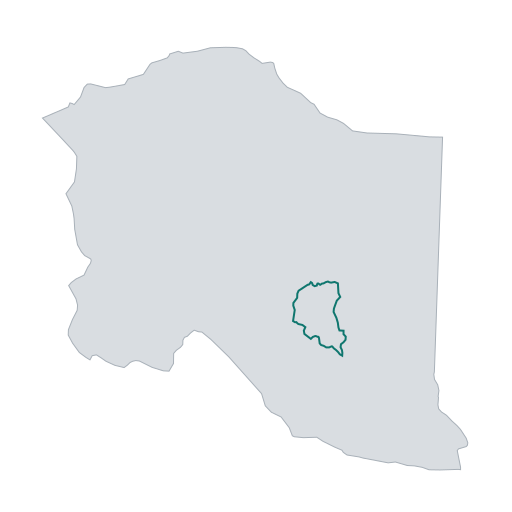 location of Mubende within Uganda, rotated 272°
{"feature_id": "UGA-3093", "entity_name": "Mubende", "entity_type": "District", "adm_level": 1, "iso_a3": "UGA", "parent_name": "Uganda", "parent_adm1": "", "projection": "orthographic", "projection_center": [31.514, 0.518], "detail": "fine", "context": "in_parent", "style": "outline", "palette": "teal", "viewbox_px": 512, "rotation_deg": 272, "n_neighbors": 0, "source": "natural_earth", "source_scale": "10m", "svg_char_len": 3237}
<svg xmlns="http://www.w3.org/2000/svg" viewBox="0 0 512 512"><g transform="rotate(272 256 256)"><path d="M381.3,438.3L373.0,438.3L359.3,438.3L345.7,438.3L332.1,438.3L318.5,438.3L304.8,438.3L291.2,438.3L277.6,438.3L263.9,438.3L250.3,438.3L236.7,438.3L223.0,438.3L209.4,438.3L195.7,438.3L182.1,438.3L168.5,438.3L154.8,438.3L146.8,438.3L145.2,438.1L144.1,437.8L138.9,438.7L133.6,442.1L127.9,443.5L121.9,442.9L121.1,443.3L118.0,443.2L113.6,443.0L109.6,443.9L106.6,446.8L103.5,451.9L97.9,457.6L93.5,462.8L89.8,466.4L81.3,472.4L76.7,474.2L74.3,473.9L72.9,472.8L70.3,465.1L68.6,463.9L52.1,467.8L49.6,467.9L49.8,465.5L48.6,447.4L48.4,436.4L50.6,429.5L51.8,421.5L51.9,414.5L55.0,402.5L53.9,395.3L57.8,370.1L58.8,366.0L60.3,353.9L62.8,350.1L64.9,348.7L67.8,341.2L73.2,329.3L77.0,323.1L76.1,309.7L76.7,300.6L77.6,298.6L85.6,295.2L96.0,286.7L100.4,276.8L106.6,270.5L118.6,266.4L154.3,232.3L170.9,214.0L178.1,204.6L178.3,201.2L179.7,196.8L176.8,193.3L173.4,190.2L172.2,187.3L169.3,185.9L165.0,185.9L162.2,183.8L159.0,179.7L155.8,177.1L145.7,177.3L137.9,173.1L138.0,167.4L141.1,156.0L147.0,143.1L147.3,139.5L146.5,136.4L145.1,133.8L142.4,131.2L139.9,128.1L141.8,118.8L145.6,109.7L148.6,105.1L151.6,100.0L150.7,95.8L146.4,93.7L148.7,89.6L153.4,82.8L162.4,75.8L170.4,71.1L175.8,71.1L186.1,74.8L195.5,79.2L200.7,79.4L206.9,77.6L219.9,69.8L223.0,72.3L226.8,77.0L230.9,84.8L239.0,88.3L242.9,90.8L245.7,91.5L247.3,90.9L250.4,84.8L254.1,81.4L261.0,77.2L276.3,73.9L287.1,72.9L291.7,72.1L299.5,70.2L311.6,63.9L323.7,72.0L336.7,73.5L349.3,73.5L353.1,71.0L355.3,69.1L368.6,55.8L386.4,37.8L398.4,63.2L402.5,64.7L402.0,66.9L401.0,69.0L408.8,75.1L418.4,78.3L421.9,81.4L422.2,84.8L419.0,99.7L419.6,103.9L422.8,118.8L428.5,122.1L433.6,137.1L443.9,143.4L445.4,145.2L447.8,152.5L450.9,160.4L453.4,162.3L454.9,162.7L457.9,171.2L456.2,175.9L458.6,190.3L462.5,203.2L463.5,218.5L463.6,225.3L463.5,229.4L462.6,235.3L460.8,238.7L457.5,242.0L453.9,247.1L450.7,252.7L448.7,255.4L450.3,263.7L449.9,265.9L449.1,267.0L444.4,268.2L438.5,270.4L434.9,272.7L429.8,276.9L425.7,281.4L420.2,294.9L411.2,305.3L409.7,308.7L401.1,315.0L397.3,322.6L394.9,332.1L391.6,338.8L384.4,348.1L382.8,362.7L383.0,391.9L381.1,425.2L381.3,438.3Z" fill="#d9dde1" stroke="#a8b0b8" stroke-width="1"/><path d="M186.6,307.8L188.7,304.8L189.5,300.7L190.3,299.6L191.3,298.7L191.2,297.2L192.3,295.3L203.4,296.6L207.7,295.0L210.4,295.0L215.6,298.6L219.8,298.6L222.8,299.8L229.1,308.7L229.2,309.7L229.9,310.5L230.9,311.1L231.8,311.7L230.9,313.0L229.0,313.7L227.9,315.7L228.6,317.8L229.7,318.0L230.6,318.4L230.7,319.2L230.3,319.9L229.7,320.5L229.5,321.3L230.7,322.8L231.0,324.5L232.3,326.6L233.0,328.8L232.3,330.2L232.0,332.0L232.8,335.5L231.5,338.8L221.7,339.7L218.0,341.6L214.2,338.3L209.0,336.6L206.1,335.7L202.8,335.5L197.0,338.5L192.2,340.1L187.4,340.9L184.5,342.0L184.4,346.1L180.9,346.2L178.6,348.5L175.4,348.4L172.9,346.5L170.8,344.0L167.8,343.7L164.9,345.2L162.2,345.7L159.4,345.6L160.7,343.2L162.9,341.4L164.9,339.2L166.5,336.9L167.6,336.0L168.4,335.0L167.9,333.7L167.2,332.3L167.1,329.4L168.6,326.8L169.3,324.2L170.9,322.7L176.3,321.8L177.4,321.2L177.4,320.3L177.9,319.2L178.1,318.0L177.1,315.6L175.1,313.7L179.8,307.1L183.1,306.4L186.6,307.8Z" fill="none" stroke="#0f766e" stroke-width="2"/></g></svg>